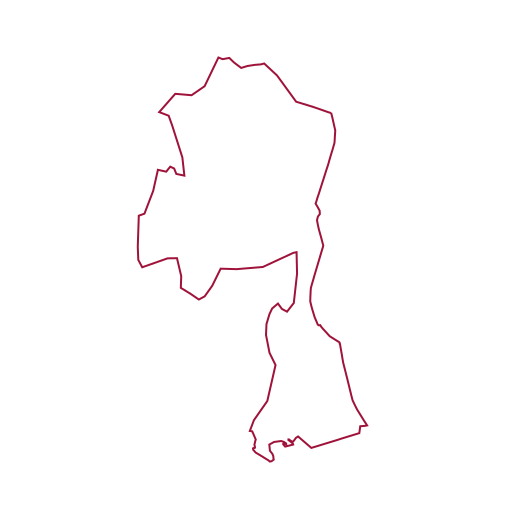 the district of Wad Bandah, North Kordufan, Sudan, rotated 163°
{"feature_id": "16777658B16794991274557", "entity_name": "Wad Bandah", "entity_type": "district", "adm_level": 2, "iso_a3": "SDN", "parent_name": "Sudan", "parent_adm1": "North Kordufan", "projection": "equal_earth", "projection_center": [27.688, 13.304], "detail": "fine", "context": "isolated", "style": "outline", "palette": "rose", "viewbox_px": 512, "rotation_deg": 163, "n_neighbors": 0, "source": "geoboundaries", "source_scale": "gbopen_adm2", "svg_char_len": 3459}
<svg xmlns="http://www.w3.org/2000/svg" viewBox="0 0 512 512"><g transform="rotate(163 256 256)"><path d="M205.8,90.3L205.6,95.0L205.5,96.5L204.6,112.4L204.5,114.6L204.3,118.4L203.8,128.8L203.5,131.0L203.3,132.8L202.9,135.5L201.4,147.5L201.6,147.6L201.4,148.9L201.5,149.1L207.4,155.9L209.0,157.8L212.3,164.8L213.1,166.4L213.3,166.9L213.9,168.3L214.2,168.9L214.6,170.3L214.6,170.7L214.8,171.1L215.1,171.2L215.5,171.2L215.8,171.2L216.1,171.3L216.4,171.5L216.7,172.0L217.0,172.4L217.3,175.6L217.8,180.1L217.8,180.6L217.8,182.0L217.8,182.9L217.8,185.4L217.8,188.1L217.7,191.7L217.4,196.7L215.9,201.2L214.7,204.5L214.2,206.0L213.0,209.0L212.8,209.5L210.3,213.4L207.0,218.4L207.0,218.5L200.1,228.9L198.7,231.0L193.6,238.7L191.1,242.5L189.7,244.5L188.6,246.4L188.5,249.5L188.3,254.3L188.1,263.2L188.0,264.3L187.7,268.1L187.2,272.4L186.2,274.1L185.7,274.9L185.2,275.7L184.6,276.1L182.7,277.4L182.2,279.4L182.1,280.1L181.9,280.8L182.1,281.8L183.0,285.9L183.0,286.0L183.2,286.8L183.4,287.5L183.7,288.6L182.1,290.9L181.1,292.4L180.3,293.6L177.7,297.2L170.6,307.5L168.7,310.2L168.5,310.5L163.2,318.2L162.2,319.6L161.9,320.0L159.1,324.1L158.6,325.0L153.3,333.0L152.7,333.9L152.4,334.3L151.8,335.2L147.9,341.2L147.0,343.5L145.9,346.5L143.5,352.9L143.5,353.0L143.0,359.7L142.5,366.3L142.4,368.8L142.3,370.4L142.3,370.8L142.3,370.7L142.8,371.0L143.2,371.3L144.7,372.3L157.4,381.6L172.5,391.8L177.7,406.9L183.1,422.5L191.9,437.7L195.2,437.8L201.1,439.1L208.6,440.2L215.2,440.2L220.6,447.7L223.6,453.2L230.4,454.0L233.9,456.8L255.5,433.4L270.6,428.6L285.8,434.7L306.5,421.9L298.5,415.7L298.0,405.3L297.6,371.8L301.0,353.8L308.2,357.8L308.7,363.6L311.9,366.5L317.2,362.9L324.6,367.1L335.3,348.3L350.3,329.1L356.3,328.8L366.4,299.3L369.7,286.7L368.1,278.5L341.2,279.6L332.2,277.0L333.4,258.6L337.2,247.5L329.6,238.9L323.4,231.1L316.9,232.4L306.6,240.3L293.5,254.2L278.4,249.1L252.7,243.5L219.4,248.1L216.1,247.8L221.9,227.1L233.6,200.0L242.6,193.7L246.7,197.8L248.9,204.1L255.9,201.1L260.1,196.5L265.9,187.8L269.5,177.6L271.4,159.5L269.2,146.0L287.6,114.0L306.0,99.6L312.8,90.8L313.0,90.5L312.7,90.4L310.9,89.4L310.8,88.8L310.4,85.3L309.9,80.6L310.7,79.4L310.8,79.3L311.8,77.5L312.7,76.0L312.7,75.3L312.8,74.1L312.9,73.3L313.4,72.8L313.9,73.0L314.1,73.1L315.1,72.9L315.3,71.6L315.2,71.4L315.2,71.2L314.6,70.0L314.2,69.0L313.9,68.4L313.6,67.9L309.6,63.5L309.5,63.3L309.3,63.1L308.5,62.3L307.9,61.5L306.2,59.6L305.0,58.2L304.1,57.3L303.9,57.0L303.3,56.1L303.1,55.8L302.9,55.4L301.1,55.2L298.6,56.1L298.5,57.0L298.3,58.2L298.0,59.4L298.0,59.6L298.0,60.2L298.1,60.9L298.1,61.3L298.2,61.9L298.2,62.0L299.5,65.4L299.5,65.6L299.6,65.8L298.4,71.8L293.9,72.7L293.2,72.9L286.0,71.7L283.6,70.0L282.5,68.5L282.0,68.0L282.0,67.8L282.1,67.7L282.2,67.1L283.0,68.0L284.4,68.7L285.0,68.3L284.9,67.9L284.8,67.2L284.7,67.1L283.8,65.2L275.6,64.8L275.6,65.2L275.6,65.4L275.6,65.6L276.9,68.1L277.4,68.5L277.8,69.2L278.3,69.9L278.6,70.2L278.7,70.3L278.8,70.4L278.6,71.1L278.0,70.9L277.6,70.4L277.4,69.7L275.2,67.5L273.6,68.4L271.0,70.4L268.5,71.1L266.0,67.1L262.6,61.7L261.6,60.1L259.3,56.5L259.2,56.3L258.8,56.3L257.0,56.3L255.7,56.3L248.1,56.3L239.9,56.3L238.1,56.3L235.1,56.3L232.2,56.3L231.2,56.3L228.5,56.4L227.9,56.4L220.9,56.4L219.8,56.4L217.1,56.4L215.5,56.4L211.3,56.4L210.4,56.4L209.0,56.4L206.1,62.7L204.6,62.4L201.8,61.8L201.3,61.7L200.1,61.6L199.3,61.5L200.2,64.8L200.7,66.4L204.2,79.6L204.3,80.2L205.0,84.2L205.8,89.6L205.8,90.3Z" fill="none" stroke="#9f1239" stroke-width="2"/></g></svg>